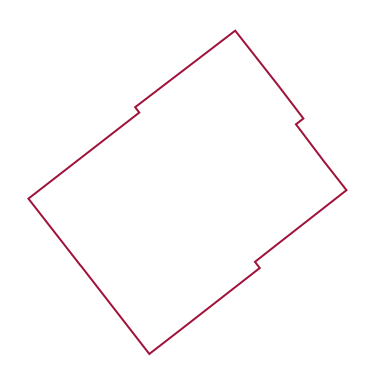 Webster, Missouri, United States of America, rotated 231°
{"feature_id": "52423323B1657804385540", "entity_name": "Webster", "entity_type": "district", "adm_level": 2, "iso_a3": "USA", "parent_name": "United States of America", "parent_adm1": "Missouri", "projection": "mercator", "projection_center": [-92.915, 37.277], "detail": "fine", "context": "isolated", "style": "outline", "palette": "rose", "viewbox_px": 384, "rotation_deg": 231, "n_neighbors": 0, "source": "geoboundaries", "source_scale": "gbopen_adm2", "svg_char_len": 359}
<svg xmlns="http://www.w3.org/2000/svg" viewBox="0 0 384 384"><g transform="rotate(231 192 192)"><path d="M96.2,313.2L132.8,313.8L179.2,315.4L179.0,324.8L219.2,326.0L290.2,327.1L293.7,201.2L286.9,201.0L289.8,60.7L205.2,59.1L204.5,59.2L93.0,56.9L92.0,103.6L90.3,196.8L98.1,197.0L97.8,219.3L96.2,313.2Z" fill="none" stroke="#9f1239" stroke-width="2"/></g></svg>